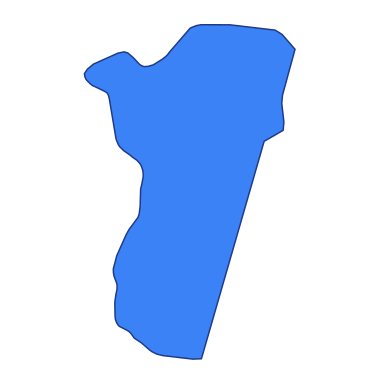 Tel Aviv, Natural Earth projection, rotated 179°
{"feature_id": "ISR-3057", "entity_name": "Tel Aviv", "entity_type": "District", "adm_level": 1, "iso_a3": "ISR", "parent_name": "Israel", "parent_adm1": "", "projection": "natural_earth1", "projection_center": [34.837, 32.095], "detail": "fine", "context": "isolated", "style": "filled", "palette": "blue", "viewbox_px": 384, "rotation_deg": 179, "n_neighbors": 0, "source": "natural_earth", "source_scale": "10m", "svg_char_len": 1212}
<svg xmlns="http://www.w3.org/2000/svg" viewBox="0 0 384 384"><g transform="rotate(179 192 192)"><path d="M86.5,332.9L99.8,287.3L100.7,279.1L98.9,260.3L99.8,252.1L119.0,241.4L185.5,25.1L194.1,24.9L223.7,28.9L229.8,30.5L234.8,33.0L237.2,34.8L245.4,42.2L252.2,46.8L255.4,51.5L257.2,53.4L259.4,54.9L267.0,58.9L268.7,60.9L270.0,63.5L270.9,66.5L271.1,69.9L271.1,82.9L270.0,90.1L268.7,95.9L268.5,99.7L268.9,102.1L271.5,109.5L272.0,113.0L272.0,116.6L268.3,129.7L258.7,150.2L255.7,155.5L246.5,167.5L245.2,171.0L244.1,178.7L243.3,195.8L241.8,201.8L240.5,208.3L240.5,211.4L240.9,214.7L241.8,217.6L242.8,220.1L244.1,222.0L245.2,223.2L246.5,224.7L250.7,227.7L252.8,229.6L259.4,234.4L263.3,238.3L264.8,240.6L265.9,243.3L267.0,246.3L273.1,287.0L273.9,290.0L275.0,292.4L277.2,294.0L289.8,300.3L292.0,302.1L295.3,305.6L296.2,306.9L297.1,309.2L297.5,312.2L294.5,316.6L288.3,321.6L263.7,332.1L257.4,333.3L253.7,332.1L248.1,327.1L242.6,320.9L240.5,319.3L237.8,318.2L233.7,318.4L228.5,319.8L219.8,325.0L216.0,327.8L213.7,330.0L212.4,331.9L191.2,355.6L191.0,355.8L190.6,355.9L189.5,356.5L184.7,358.3L179.9,359.1L151.2,358.5L106.1,352.4L99.2,348.0L86.6,333.0L86.5,332.9Z" fill="#3b82f6" stroke="#1e3a8a" stroke-width="1.5"/></g></svg>